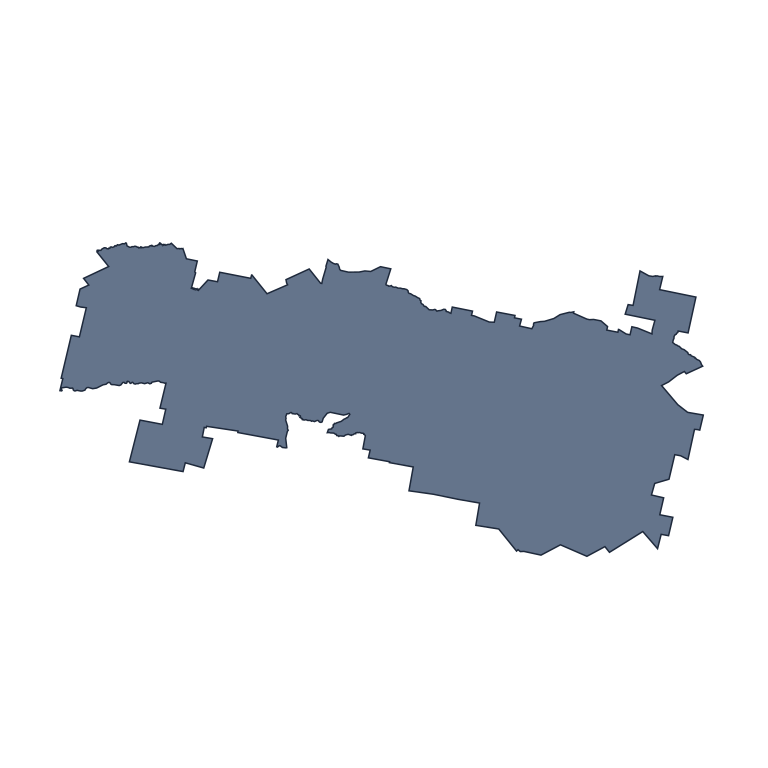 the district of Cloncurry, Queensland, Australia, rotated 278°
{"feature_id": "25037944B6261933942264", "entity_name": "Cloncurry", "entity_type": "district", "adm_level": 2, "iso_a3": "AUS", "parent_name": "Australia", "parent_adm1": "Queensland", "projection": "equal_earth", "projection_center": [140.518, -20.699], "detail": "fine", "context": "isolated", "style": "filled", "palette": "slate", "viewbox_px": 768, "rotation_deg": 278, "n_neighbors": 0, "source": "geoboundaries", "source_scale": "gbopen_adm2", "svg_char_len": 6115}
<svg xmlns="http://www.w3.org/2000/svg" viewBox="0 0 768 768"><g transform="rotate(278 384 384)"><path d="M513.5,680.8L515.8,643.8L529.3,645.1L528.8,641.9L529.1,639.2L528.5,638.3L528.9,637.9L527.9,635.2L528.0,631.2L531.6,621.8L496.5,619.7L496.6,614.7L486.7,613.1L484.8,643.4L474.7,642.1L470.9,642.4L474.7,627.3L475.2,621.5L467.0,620.8L467.2,616.9L470.7,609.0L470.7,608.6L467.8,608.4L468.4,597.1L472.0,597.4L476.7,590.1L477.1,582.6L476.3,578.6L476.5,575.9L480.5,561.8L481.9,561.9L480.9,559.2L480.8,557.5L477.2,548.7L472.5,543.1L468.4,534.2L467.6,530.3L465.5,524.1L464.2,523.7L462.8,524.0L459.3,522.7L460.3,510.2L467.3,511.1L467.7,504.0L470.1,504.2L471.0,485.5L460.5,484.6L460.0,479.7L464.0,463.9L464.1,461.1L468.5,461.5L469.7,440.9L463.3,440.4L463.7,438.7L464.2,438.2L464.5,435.5L465.4,435.3L466.4,434.2L466.3,432.7L464.8,430.2L463.9,426.9L463.5,426.4L463.6,425.9L464.8,424.8L464.9,423.8L464.1,421.9L463.8,418.4L466.6,414.5L466.5,413.1L468.2,411.5L468.7,410.1L470.0,409.0L471.5,409.1L472.1,408.0L473.6,407.4L474.2,405.3L475.4,402.7L475.7,400.8L477.1,397.8L477.2,396.3L477.9,395.4L479.7,394.8L480.7,393.4L481.1,390.6L480.9,389.2L481.2,387.0L480.9,384.6L481.6,382.2L481.2,380.7L481.5,378.8L482.5,377.5L482.1,377.0L481.5,375.1L482.0,374.4L482.3,372.5L483.1,372.0L499.0,374.7L499.7,364.2L493.6,355.2L493.3,349.3L491.4,343.8L489.8,333.4L490.5,325.2L491.5,324.1L493.5,323.4L496.3,321.6L496.4,319.9L495.9,319.3L496.3,317.3L497.3,314.8L499.5,311.2L492.5,310.1L491.7,310.5L479.5,308.7L474.9,308.4L475.0,307.1L487.5,293.9L473.7,272.4L470.5,273.5L468.8,274.7L457.1,255.6L473.6,238.0L473.5,237.7L470.1,237.3L471.8,205.8L462.1,204.9L462.5,195.2L450.8,187.1L451.1,186.4L451.9,186.5L451.5,185.4L452.0,185.8L452.4,185.6L451.9,184.8L452.3,183.1L451.6,183.0L451.9,182.4L451.3,182.0L451.6,181.5L452.1,181.4L452.0,180.8L452.3,180.9L452.4,181.6L452.7,181.4L452.2,179.9L467.9,182.0L468.7,181.0L479.8,182.0L480.5,170.9L490.2,166.0L489.8,165.3L490.0,164.5L489.4,162.7L489.7,162.3L489.2,160.2L493.8,153.8L492.4,152.3L492.2,150.6L491.5,149.4L491.0,148.1L491.1,147.6L491.6,147.6L491.5,146.9L490.6,146.0L491.4,145.9L491.0,144.7L492.4,142.9L492.5,142.2L491.8,141.9L491.2,142.7L490.9,142.5L490.7,141.1L489.6,140.3L489.3,138.9L488.3,137.6L488.3,135.2L488.9,135.1L489.0,134.6L488.4,133.9L488.5,133.4L487.8,132.4L487.0,132.0L486.4,128.5L485.4,126.3L486.0,124.1L485.6,123.8L485.1,124.1L485.1,123.1L484.6,122.3L485.3,121.5L485.1,120.7L485.6,120.0L485.8,118.2L485.0,116.5L485.0,115.4L484.2,114.3L484.0,113.1L485.0,110.3L487.6,109.3L487.8,108.6L486.7,107.5L486.6,105.5L484.7,102.3L484.8,100.6L483.5,99.8L483.3,99.2L483.6,98.6L483.5,98.3L482.2,97.5L481.5,96.0L481.8,94.9L481.5,94.0L481.2,93.7L480.4,93.7L480.1,93.2L480.1,92.4L479.5,92.2L479.4,90.8L480.1,89.7L480.0,88.0L478.3,85.8L476.9,85.0L476.7,81.9L476.4,81.3L476.1,81.3L476.0,82.2L475.7,82.5L474.8,81.4L462.0,95.0L446.8,71.8L440.9,77.9L435.7,69.8L418.7,68.3L418.0,72.9L418.1,78.6L388.3,75.8L388.7,67.6L344.8,63.5L344.7,65.2L332.3,64.0L332.3,65.7L332.7,66.1L334.6,65.0L335.3,65.4L336.6,69.6L336.6,71.7L336.1,73.5L336.6,76.2L336.3,76.6L334.9,77.1L334.1,78.3L334.2,79.3L335.0,80.9L334.8,84.7L335.0,86.1L336.3,88.7L338.0,89.4L339.1,90.4L339.4,91.9L338.8,96.2L340.0,100.0L344.1,105.9L345.1,108.8L346.7,110.2L347.3,111.3L347.3,112.2L345.8,113.6L345.5,114.3L345.8,117.1L345.6,122.0L346.5,123.6L349.1,125.1L349.5,126.3L348.7,127.4L348.8,128.7L349.5,129.3L350.7,129.2L351.0,129.7L350.9,131.0L349.3,132.6L349.4,133.2L350.4,134.1L350.7,134.9L349.5,136.3L349.3,137.7L349.9,138.9L350.1,140.6L350.7,141.3L351.4,143.5L351.0,146.9L352.4,149.9L351.6,152.1L352.4,153.6L353.2,153.7L353.6,154.2L355.6,159.9L355.5,161.1L354.6,162.6L354.6,165.2L354.3,166.8L354.5,168.0L328.9,165.5L328.7,171.4L313.2,170.1L314.3,147.4L271.5,142.7L269.3,197.2L278.3,198.2L275.7,217.2L306.0,221.9L306.3,211.5L316.0,212.0L315.9,214.0L317.4,214.2L317.1,246.0L315.6,246.0L313.8,287.2L306.9,286.5L306.7,287.3L308.2,288.7L308.3,289.2L308.3,290.0L307.0,292.2L307.1,295.8L307.4,296.6L316.6,294.2L323.6,294.9L324.9,295.6L326.0,294.7L328.8,294.4L334.7,291.6L336.3,291.8L337.9,291.2L341.0,291.9L341.3,293.8L342.9,295.8L342.8,296.4L341.8,297.3L342.1,298.1L341.9,298.5L341.9,300.4L342.6,301.9L341.9,302.8L341.6,303.9L340.7,304.2L340.8,305.6L340.1,305.8L339.2,305.4L338.5,307.4L338.1,307.3L337.7,308.5L337.3,308.4L337.2,310.0L337.8,311.7L337.3,313.5L337.6,316.0L337.5,316.6L337.0,317.3L337.5,318.4L337.1,320.4L338.5,322.6L338.7,323.5L338.6,324.2L337.7,324.9L337.2,325.9L337.2,326.9L337.9,328.0L341.6,328.6L347.1,331.8L348.5,334.7L347.6,348.3L348.8,351.4L349.7,352.7L350.0,353.6L349.2,354.4L345.6,352.6L345.5,351.9L344.3,350.6L343.7,349.4L341.1,346.9L338.8,342.3L338.2,341.8L338.1,340.5L337.5,340.4L336.9,339.6L336.2,339.3L335.7,339.7L334.1,339.6L333.7,338.8L332.3,338.4L331.3,335.3L327.9,334.6L328.3,336.6L328.1,337.6L328.4,341.1L327.5,342.9L327.5,343.8L326.4,344.3L326.3,344.9L326.5,345.6L325.8,346.6L326.3,347.0L326.5,347.9L326.7,351.6L328.1,352.9L329.2,355.5L328.6,358.9L329.1,359.1L329.3,360.2L330.6,361.6L330.8,362.9L331.6,362.8L332.3,364.2L332.1,364.8L332.6,366.8L332.2,368.2L332.3,370.4L332.0,371.0L331.3,371.0L331.2,371.7L330.2,372.7L316.8,372.1L316.6,379.5L308.7,378.8L307.8,400.4L306.9,400.3L305.9,424.5L281.7,423.6L281.7,448.3L280.1,473.6L279.4,495.2L256.8,494.6L256.4,517.8L237.0,538.5L238.6,539.8L237.0,542.3L237.7,545.8L236.4,563.3L249.3,581.1L241.6,608.9L253.7,625.4L248.7,630.7L273.9,660.8L259.0,677.8L273.7,679.4L273.4,686.9L292.2,688.6L292.9,675.3L310.2,676.8L311.3,664.3L323.2,665.9L329.4,679.5L354.5,681.8L354.2,687.8L351.5,695.5L382.3,697.8L382.5,700.5L382.3,703.1L397.2,704.5L397.7,704.5L398.2,688.6L404.4,677.8L421.1,659.1L425.7,665.6L433.5,673.2L438.2,679.7L436.2,681.9L446.0,697.1L447.4,695.7L449.8,694.4L451.1,693.0L452.0,690.0L452.9,689.1L452.9,688.4L453.5,688.3L453.8,687.7L454.7,684.2L455.5,683.7L455.7,683.2L455.5,682.2L455.7,681.7L456.3,680.9L457.4,680.5L459.8,676.4L460.3,673.9L462.4,671.1L462.4,670.3L463.3,668.5L463.6,666.9L465.3,664.1L467.9,664.3L469.5,664.8L471.5,664.6L473.4,665.5L473.9,666.4L475.0,666.8L475.9,667.8L477.4,667.9L476.9,678.0L513.5,680.8Z" fill="#64748b" stroke="#1e293b" stroke-width="1.5"/></g></svg>